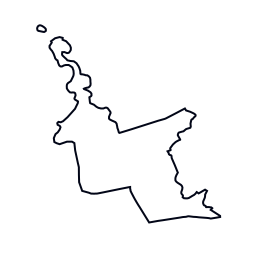 the district of Do Son, Hải Phòng, Vietnam, rotated 187°
{"feature_id": "81297802B95607767906649", "entity_name": "Do Son", "entity_type": "district", "adm_level": 2, "iso_a3": "VNM", "parent_name": "Vietnam", "parent_adm1": "Hải Phòng", "projection": "mercator", "projection_center": [106.765, 20.712], "detail": "fine", "context": "isolated", "style": "outline", "palette": "ink", "viewbox_px": 256, "rotation_deg": 187, "n_neighbors": 0, "source": "geoboundaries", "source_scale": "gbopen_adm2", "svg_char_len": 4271}
<svg xmlns="http://www.w3.org/2000/svg" viewBox="0 0 256 256"><g transform="rotate(187 128 128)"><path d="M165.8,60.0L159.0,59.0L156.6,58.4L153.6,58.7L150.5,59.2L145.0,61.0L129.8,66.1L120.1,69.3L118.7,69.7L118.5,68.2L118.3,67.6L118.0,66.8L117.8,65.9L116.8,64.3L113.7,59.8L112.4,58.0L110.9,56.0L109.1,53.7L107.9,52.2L107.2,51.4L100.8,43.4L95.5,36.8L86.7,39.5L82.6,40.6L65.3,45.5L62.7,46.3L59.7,46.9L58.9,47.2L57.9,47.6L57.0,47.8L52.2,47.8L49.3,48.0L47.4,48.0L46.7,48.0L38.5,48.4L36.3,48.4L35.0,48.2L34.8,48.2L29.6,49.7L25.7,50.9L25.9,52.0L31.1,54.5L35.9,56.8L34.6,58.7L35.0,59.0L35.9,59.4L36.6,59.3L38.0,59.4L39.0,59.3L40.5,59.0L40.8,59.0L40.9,59.4L41.3,59.9L41.8,60.2L42.9,60.5L43.5,61.0L44.2,62.3L44.4,63.2L44.4,64.3L43.3,68.1L43.2,69.1L43.2,70.2L43.3,71.0L43.3,71.5L43.0,72.2L41.9,75.2L44.0,76.2L49.9,71.7L52.0,72.8L53.0,71.1L53.4,70.6L54.3,69.6L55.3,68.9L56.5,68.0L57.2,67.4L57.6,67.1L57.9,66.9L58.5,66.4L59.0,66.0L59.7,65.7L60.5,65.4L61.3,65.3L62.0,65.2L63.2,65.2L63.8,65.1L65.3,65.9L65.2,67.0L65.3,67.8L66.8,69.2L67.1,69.7L67.2,70.2L67.3,70.9L66.7,73.8L66.7,74.6L66.7,75.5L66.9,76.0L67.2,76.6L67.5,77.1L68.5,78.0L72.1,79.7L73.5,80.6L73.9,81.0L74.1,81.2L74.5,81.7L74.7,82.8L74.8,83.8L74.8,84.5L74.7,85.2L74.5,86.0L74.1,87.4L73.1,89.8L73.9,91.2L77.0,96.8L80.8,103.2L81.1,104.0L81.4,105.6L81.7,106.0L82.1,106.2L83.4,106.4L83.8,106.7L84.2,107.0L84.4,107.6L84.6,108.1L85.9,109.7L83.2,111.1L83.0,111.4L83.6,112.7L83.6,113.0L83.5,113.4L82.4,115.3L81.4,117.1L79.1,119.8L78.0,120.7L75.5,122.4L75.0,122.5L74.8,122.7L74.8,122.9L75.2,123.5L77.3,126.3L77.6,126.7L77.7,127.1L77.7,127.6L77.5,128.8L77.1,129.5L76.7,129.8L73.6,131.1L72.7,131.4L72.2,131.8L71.9,132.2L70.3,133.9L69.6,134.3L66.4,135.7L66.1,136.0L65.9,137.2L66.4,139.5L66.5,140.1L66.4,141.1L66.2,143.5L66.0,144.0L65.8,144.3L65.1,144.6L64.9,144.8L63.8,146.6L62.7,147.8L62.5,148.1L62.4,148.4L62.5,148.9L62.6,149.3L63.1,149.7L64.6,150.5L68.3,151.7L72.5,152.5L73.9,154.3L82.4,148.4L91.6,142.1L92.7,141.5L98.9,138.9L125.0,126.9L135.8,122.1L136.3,122.3L136.5,122.4L137.7,125.2L138.5,126.7L138.9,128.1L139.9,131.0L141.2,132.3L145.1,133.5L147.2,134.3L147.9,134.9L148.1,135.5L148.1,136.2L148.2,136.9L147.1,140.8L147.5,141.9L150.5,145.1L151.7,145.6L153.0,145.4L154.8,144.4L157.2,144.1L159.9,144.4L161.9,145.2L164.7,147.0L168.5,148.0L169.0,149.2L170.1,153.8L169.1,154.6L168.5,155.2L168.3,155.5L168.2,155.9L168.5,157.7L169.6,158.9L172.5,160.3L176.4,161.3L176.6,161.6L175.8,162.1L174.2,162.8L172.1,163.5L171.1,164.6L170.5,165.8L170.5,167.3L171.0,169.7L171.2,171.3L171.8,173.2L173.0,174.4L174.7,175.3L176.4,175.2L177.6,175.5L179.6,175.7L181.2,175.6L181.8,176.0L182.4,179.0L183.5,181.4L184.5,183.1L187.0,186.0L189.9,187.6L193.5,187.5L196.4,187.8L197.6,188.9L200.0,190.6L202.0,192.1L202.5,193.3L202.5,195.3L200.3,195.6L197.6,194.9L196.0,195.4L195.0,196.8L194.3,198.5L194.5,200.7L195.7,203.0L200.0,206.6L203.7,207.6L203.8,209.5L207.0,209.9L211.3,208.2L215.0,204.7L214.1,203.5L214.6,202.4L215.9,199.9L215.6,198.1L214.2,196.5L212.8,195.3L210.9,192.7L209.4,189.8L208.7,188.2L207.4,187.0L206.2,186.5L205.2,184.0L203.9,181.7L202.6,180.9L201.1,181.0L199.2,182.3L197.3,183.0L194.5,183.3L192.6,182.4L190.6,181.3L189.1,178.3L188.5,175.3L188.5,175.2L188.5,174.6L188.5,173.9L188.6,173.1L189.0,171.8L190.3,168.1L190.5,167.5L193.0,165.3L193.6,164.4L193.9,163.5L193.9,162.2L193.5,159.8L192.4,158.4L191.3,157.3L189.9,156.3L188.4,156.3L187.0,156.6L185.6,156.6L184.7,156.1L184.3,155.1L184.0,154.0L184.5,151.9L184.8,151.0L184.4,150.0L183.5,149.5L180.9,148.3L180.8,147.7L180.9,147.1L180.9,146.4L181.9,143.6L182.9,140.6L189.3,131.4L193.3,126.8L194.8,125.9L195.4,125.5L197.8,125.6L198.8,124.2L198.2,122.6L196.0,121.8L195.1,120.6L195.6,118.2L197.2,115.1L199.2,113.1L200.4,108.9L199.4,105.1L196.9,104.2L193.9,103.6L186.9,107.0L181.9,107.6L179.4,106.5L177.7,99.3L173.3,86.6L172.9,85.6L172.0,83.1L171.0,75.5L169.9,68.2L165.8,60.0ZM228.0,219.2L228.7,218.9L229.4,218.4L229.9,217.7L230.1,217.1L230.3,216.4L230.3,215.6L230.1,215.0L229.9,214.4L229.6,213.9L229.0,213.6L228.3,213.4L227.3,213.4L226.5,213.3L225.2,213.2L224.0,213.1L223.2,213.1L222.7,213.2L222.1,213.7L221.8,214.0L221.4,214.4L221.4,214.8L221.5,215.4L221.6,216.0L221.9,216.5L222.7,217.2L223.6,217.8L225.4,218.7L226.3,219.0L227.2,219.2L228.0,219.2Z" fill="none" stroke="#020617" stroke-width="2"/></g></svg>